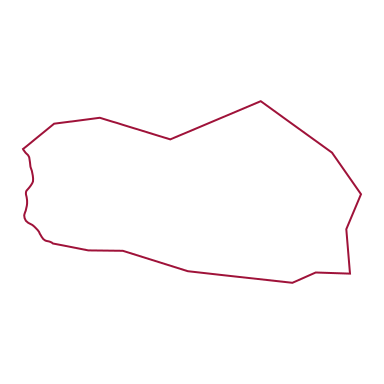 the district of Jubayt Elma'aadin, Red Sea, Sudan
{"feature_id": "16777658B74984958768129", "entity_name": "Jubayt Elma'aadin", "entity_type": "district", "adm_level": 2, "iso_a3": "SDN", "parent_name": "Sudan", "parent_adm1": "Red Sea", "projection": "natural_earth1", "projection_center": [33.973, 21.162], "detail": "fine", "context": "isolated", "style": "outline", "palette": "rose", "viewbox_px": 384, "rotation_deg": 0, "n_neighbors": 0, "source": "geoboundaries", "source_scale": "gbopen_adm2", "svg_char_len": 1313}
<svg xmlns="http://www.w3.org/2000/svg" viewBox="0 0 384 384"><path d="M52.7,243.3L52.9,243.5L63.4,245.5L88.3,250.4L122.8,250.8L187.8,271.2L222.5,275.1L237.0,276.7L292.4,282.8L315.7,272.5L349.2,273.6L349.7,273.6L350.0,273.6L349.7,270.2L346.3,229.2L361.0,194.2L332.1,152.8L332.1,152.7L288.7,121.4L260.9,101.3L260.7,101.2L204.4,125.0L199.7,127.0L170.2,139.4L169.8,139.2L169.4,139.1L159.2,136.0L153.7,134.3L136.2,128.9L134.8,128.5L123.4,125.0L116.8,122.9L112.6,121.7L103.1,118.8L102.2,118.5L99.9,117.8L99.6,117.8L71.5,121.5L71.2,121.5L54.1,123.7L52.9,124.7L34.5,139.7L26.6,146.2L24.2,148.1L23.0,149.0L23.2,149.5L24.2,150.9L25.6,152.8L28.0,155.1L28.7,156.3L29.2,157.3L29.5,159.2L30.0,162.5L30.4,166.3L30.5,166.9L30.9,168.1L31.9,171.0L32.2,172.6L32.8,175.7L33.1,178.7L33.0,181.4L32.2,183.3L30.8,185.5L29.3,187.5L27.4,189.7L26.5,190.7L26.0,192.0L25.9,193.3L26.0,194.6L26.6,197.0L27.0,199.7L27.1,200.9L27.1,203.5L26.9,205.2L26.8,205.9L25.7,210.7L25.0,212.5L24.8,213.1L24.6,213.7L24.2,215.3L24.6,218.1L25.9,220.8L28.2,222.8L28.4,222.9L30.3,223.9L32.4,225.0L34.2,226.5L35.8,228.1L37.8,230.2L39.1,232.0L39.8,233.7L40.5,234.8L41.7,236.9L43.1,238.8L43.3,239.1L44.3,239.8L45.4,240.6L45.5,240.6L46.8,241.0L48.8,241.4L50.1,241.8L51.4,242.4L51.7,242.5L52.0,242.8L52.7,243.3Z" fill="none" stroke="#9f1239" stroke-width="2"/></svg>